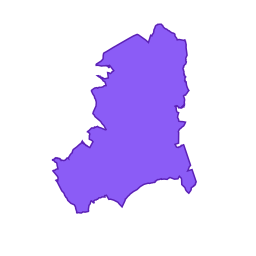 the district of Copacel, Bihor, Romania, rotated 67°
{"feature_id": "2599482B8051644338806", "entity_name": "Copacel", "entity_type": "district", "adm_level": 2, "iso_a3": "ROU", "parent_name": "Romania", "parent_adm1": "Bihor", "projection": "natural_earth1", "projection_center": [22.162, 46.971], "detail": "fine", "context": "isolated", "style": "filled", "palette": "violet", "viewbox_px": 256, "rotation_deg": 67, "n_neighbors": 0, "source": "geoboundaries", "source_scale": "gbopen_adm2", "svg_char_len": 5720}
<svg xmlns="http://www.w3.org/2000/svg" viewBox="0 0 256 256"><g transform="rotate(67 128 128)"><path d="M183.6,188.7L183.3,188.3L181.9,188.2L181.6,187.4L181.4,186.2L181.8,185.4L181.5,184.4L181.7,183.8L180.9,181.9L181.6,180.4L181.3,179.2L181.6,178.1L182.5,176.2L181.2,176.0L181.1,175.7L181.5,174.9L181.5,174.1L186.2,173.5L186.7,171.9L188.8,169.3L192.4,166.3L194.6,165.7L198.3,164.3L194.0,159.5L193.4,158.9L192.3,158.2L192.4,157.8L190.8,154.7L190.2,152.9L189.6,151.8L188.6,147.7L188.2,143.7L186.7,139.6L186.1,135.3L186.6,131.5L186.9,130.6L187.4,129.9L187.7,127.7L187.9,127.3L188.1,125.8L188.5,124.9L188.4,124.2L188.1,123.8L187.7,123.7L187.8,123.2L187.4,122.6L187.5,122.0L187.1,121.3L187.1,120.7L187.4,120.1L187.6,119.9L187.7,117.3L188.3,117.3L189.1,114.7L190.6,112.0L190.3,111.1L189.9,108.7L193.2,105.3L194.3,101.9L192.5,99.6L195.1,98.6L196.0,98.7L201.1,100.6L204.8,99.0L206.0,98.9L207.4,99.1L208.5,98.9L210.0,98.4L211.8,97.5L209.9,94.4L209.6,94.3L208.8,93.5L207.9,93.3L207.6,92.6L207.4,91.3L207.2,91.1L207.3,90.5L206.8,90.0L206.9,89.7L206.7,89.6L206.7,88.7L206.3,88.5L206.1,87.9L205.7,87.8L205.1,87.1L204.7,87.1L204.3,86.3L191.3,85.3L190.8,89.8L190.1,89.0L187.8,86.9L186.8,85.0L165.3,83.3L165.1,83.4L165.2,85.5L164.9,85.7L165.2,86.0L165.2,86.7L165.6,86.8L165.6,88.0L165.3,88.5L165.6,89.4L164.5,90.8L161.4,91.1L161.7,87.4L151.9,83.1L151.2,83.2L150.6,82.7L149.5,81.4L149.2,80.9L148.9,79.5L148.2,77.8L147.9,76.2L147.6,75.6L146.3,74.0L145.1,72.8L143.6,75.0L142.5,77.2L141.5,78.6L139.8,78.1L137.7,78.3L136.0,77.3L133.7,75.4L132.5,76.6L131.8,76.7L129.5,76.3L128.8,75.9L127.5,75.7L126.3,76.2L126.3,75.5L126.6,75.2L126.5,74.8L127.0,74.7L127.1,74.4L127.0,73.9L128.3,73.5L129.0,73.5L128.9,73.1L129.6,72.4L129.8,72.4L130.1,71.8L130.0,71.6L130.5,71.0L130.5,70.8L130.2,70.8L130.3,70.4L130.2,70.1L129.4,70.0L129.4,69.5L130.2,69.2L130.1,68.9L129.5,68.7L129.9,68.4L129.1,68.2L129.1,67.8L129.5,67.7L129.5,67.4L128.2,67.3L128.2,66.7L126.2,66.1L124.3,64.9L123.1,64.6L120.2,64.4L119.8,63.3L120.2,62.1L119.6,61.5L119.1,60.3L117.9,58.6L117.3,57.3L115.9,57.6L113.5,57.6L111.4,57.4L108.3,56.5L108.1,57.1L107.7,57.3L107.4,57.0L107.0,57.2L106.7,56.9L106.2,57.2L105.2,56.4L104.4,56.2L104.0,55.7L103.8,55.7L103.7,55.1L103.4,54.9L103.2,55.1L102.6,55.1L102.3,55.5L101.7,55.7L101.4,55.7L101.0,55.4L100.7,55.5L100.5,55.2L100.2,55.4L99.9,55.4L99.6,55.1L99.3,55.1L97.7,54.4L96.7,54.5L96.3,54.2L95.5,54.3L94.4,54.0L93.8,53.0L93.4,53.0L93.2,52.6L92.6,52.5L92.5,52.0L91.8,50.9L91.5,49.8L91.3,49.8L90.4,48.8L89.8,48.4L89.1,48.6L88.6,48.5L87.9,47.9L87.2,48.0L86.1,47.4L84.1,45.2L76.6,43.1L74.0,41.9L70.8,41.3L70.7,41.4L70.4,41.2L70.0,41.5L69.1,41.3L69.0,42.6L66.5,46.3L66.1,48.3L64.6,48.1L62.3,48.7L61.2,48.7L60.0,48.2L59.1,48.6L58.2,49.4L57.7,50.2L56.1,51.4L54.5,52.2L54.1,52.8L52.1,53.8L51.3,54.8L50.3,55.4L48.8,56.0L47.0,56.1L46.2,56.7L45.4,56.9L44.9,58.1L44.2,60.2L44.5,60.4L44.4,61.1L44.5,62.0L45.0,63.0L46.6,64.4L47.6,65.6L50.4,67.3L51.7,69.4L52.5,70.1L51.5,70.9L57.3,75.8L54.0,77.3L46.4,82.0L45.8,82.7L45.4,83.0L45.4,86.9L45.9,91.8L48.1,110.1L49.3,118.2L49.5,120.7L49.8,121.3L51.4,122.4L54.4,123.8L54.8,124.2L55.9,126.6L56.8,132.1L57.1,132.5L57.9,132.8L58.6,131.0L60.6,128.2L61.1,126.4L61.9,124.5L61.9,123.8L62.4,123.6L62.4,122.9L64.9,122.0L64.9,121.7L63.0,121.6L63.1,120.5L69.7,118.7L70.0,119.5L70.0,120.7L70.6,121.4L71.0,123.1L69.7,124.0L69.0,125.1L74.2,126.5L73.8,129.2L73.4,130.4L72.9,131.2L72.0,131.5L70.0,133.6L69.3,133.5L69.1,134.2L69.0,134.5L68.3,134.8L68.0,135.7L69.4,134.9L70.6,133.9L72.1,133.3L72.5,132.9L75.0,132.4L76.3,131.3L78.2,131.3L80.4,131.6L79.8,133.4L80.3,134.6L80.1,136.8L79.2,138.8L79.4,139.5L79.4,140.5L78.7,140.8L78.2,143.1L78.8,145.9L79.1,146.9L79.7,147.2L82.9,147.1L85.4,146.6L86.5,146.7L87.2,147.0L88.6,146.7L91.2,147.0L92.3,147.3L95.2,148.8L99.7,153.7L101.1,154.7L102.6,154.1L104.7,153.9L111.3,150.6L113.8,150.2L116.4,149.2L120.9,148.8L120.9,149.1L120.8,149.6L117.4,152.8L115.8,154.8L114.6,155.4L114.7,156.1L114.5,156.9L114.7,157.6L114.0,158.5L114.8,159.4L113.8,161.2L113.8,161.7L115.3,165.4L115.4,166.7L115.6,166.8L115.7,166.6L118.0,165.4L119.2,165.8L119.9,166.6L121.5,167.2L123.0,168.0L123.4,167.9L124.0,167.2L125.6,166.0L126.9,165.6L127.3,165.9L127.5,166.3L131.1,170.8L129.0,172.5L128.7,172.4L128.4,172.8L127.9,172.9L127.9,173.2L127.7,173.6L127.3,173.8L127.0,173.8L127.1,173.6L126.4,173.8L125.6,174.7L125.2,174.4L125.0,174.6L124.7,174.5L124.4,175.3L124.1,175.0L123.8,174.9L123.7,175.2L123.3,175.0L122.9,175.3L122.7,175.2L122.2,175.2L124.0,177.6L124.0,178.6L125.4,182.6L126.4,186.8L127.0,187.5L128.2,188.6L129.0,188.9L129.1,189.8L130.2,191.9L130.8,192.5L131.2,193.3L132.2,194.4L132.3,194.9L132.8,194.9L131.8,195.6L131.9,196.2L132.7,197.4L132.8,198.2L133.1,198.6L132.9,199.8L131.9,201.3L131.8,202.2L131.0,202.1L130.5,202.3L130.5,202.7L130.1,202.8L129.5,202.7L128.8,203.7L128.8,204.1L128.1,204.4L128.1,204.6L128.4,204.6L128.4,204.9L128.0,205.2L127.8,205.2L127.7,205.4L127.3,205.8L127.5,206.2L127.2,206.3L127.2,206.6L127.2,206.8L127.6,207.0L127.6,207.8L127.8,208.1L127.9,208.8L127.7,209.4L127.7,209.8L128.1,210.0L128.3,209.9L128.3,209.7L128.5,209.3L130.3,208.5L131.0,208.4L131.6,207.6L132.2,207.3L133.7,207.5L134.4,207.8L137.1,208.2L138.2,208.5L138.0,209.0L137.9,210.3L138.1,211.3L138.3,211.6L137.9,213.4L138.1,213.9L145.1,211.8L146.6,211.8L148.6,213.0L148.3,213.1L148.3,213.7L148.0,213.8L148.0,214.8L149.9,214.2L160.0,213.5L162.5,212.5L164.1,212.4L165.0,212.6L167.7,212.2L168.5,211.7L171.1,211.7L175.0,210.0L177.8,207.4L180.2,207.2L181.6,207.6L185.0,207.9L185.8,208.3L186.3,208.1L186.1,207.5L188.0,204.2L187.9,203.3L187.6,202.3L188.7,200.3L189.3,197.2L189.0,196.7L187.5,196.3L183.9,194.1L183.4,193.0L182.7,192.2L180.8,190.8L180.8,190.1L183.2,189.1L183.6,188.7Z" fill="#8b5cf6" stroke="#5b21b6" stroke-width="1.5"/></g></svg>